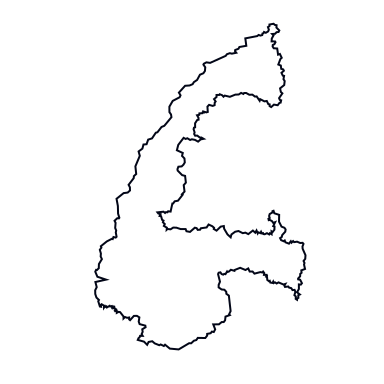 the district of Chone, Manabi, Ecuador, rotated 351°
{"feature_id": "8360857B73185000874563", "entity_name": "Chone", "entity_type": "district", "adm_level": 2, "iso_a3": "ECU", "parent_name": "Ecuador", "parent_adm1": "Manabi", "projection": "mercator", "projection_center": [-79.895, -0.383], "detail": "fine", "context": "isolated", "style": "outline", "palette": "ink", "viewbox_px": 384, "rotation_deg": 351, "n_neighbors": 0, "source": "geoboundaries", "source_scale": "gbopen_adm2", "svg_char_len": 6047}
<svg xmlns="http://www.w3.org/2000/svg" viewBox="0 0 384 384"><g transform="rotate(351 192 192)"><path d="M193.4,331.3L192.3,326.1L197.9,326.9L201.0,325.1L203.0,325.4L204.6,323.9L205.6,320.3L210.1,319.5L209.5,318.6L211.5,315.7L212.2,300.1L210.0,297.9L210.2,295.9L208.7,293.6L206.0,292.9L203.4,290.4L203.8,287.9L205.6,285.0L204.9,277.2L205.7,275.9L207.5,275.8L208.4,277.7L209.9,278.5L211.0,277.9L212.2,278.4L214.2,276.0L214.5,276.6L216.1,276.3L218.2,274.9L221.6,276.5L221.9,275.7L227.7,274.4L232.6,277.4L235.6,276.3L236.5,279.6L239.4,280.0L240.9,282.4L247.0,281.8L248.9,282.5L249.8,281.7L250.7,283.4L250.1,285.1L252.8,285.5L253.0,286.4L252.0,287.3L252.8,287.9L252.6,290.6L254.1,292.2L254.9,291.9L255.2,293.7L257.3,294.4L258.2,293.2L258.5,294.7L259.8,294.2L261.3,295.6L263.3,294.8L267.9,297.7L269.8,297.4L268.6,298.9L269.0,300.3L272.3,300.4L272.9,301.6L275.0,302.5L275.9,304.6L278.0,304.7L278.5,306.8L277.0,309.9L278.2,311.4L277.7,313.8L278.9,314.9L279.3,313.6L280.5,313.2L280.8,310.6L282.5,310.1L280.1,307.5L282.4,304.5L283.1,300.0L285.0,300.5L286.3,299.3L285.1,295.6L283.2,294.9L283.3,294.0L285.6,292.2L286.1,289.8L287.6,288.9L287.7,286.5L291.6,285.7L291.3,281.2L292.0,279.7L291.4,277.6L293.4,275.7L294.2,272.2L292.4,265.3L292.6,263.1L294.0,260.7L293.3,259.5L290.9,259.3L288.0,257.5L285.0,257.5L284.2,256.3L282.4,257.6L281.9,256.1L279.7,258.2L276.4,256.3L276.0,254.4L274.9,255.0L272.5,253.5L271.8,251.3L273.6,250.5L274.4,248.6L277.9,245.8L278.6,243.6L277.7,241.8L275.0,240.2L273.3,234.9L274.5,228.2L270.0,225.9L269.6,223.3L268.5,223.5L268.2,224.8L265.3,225.9L264.4,227.8L264.7,229.8L263.3,230.4L263.4,231.8L264.4,231.7L266.4,233.2L267.4,235.2L269.4,234.8L266.9,238.4L268.1,239.0L267.5,242.1L265.3,244.2L264.4,243.3L264.0,246.2L262.5,244.9L261.6,246.0L259.6,244.4L257.2,245.1L255.9,244.7L255.7,243.7L254.5,243.8L254.0,242.1L253.1,243.3L251.2,242.2L250.4,243.2L249.7,240.1L248.1,242.1L246.1,239.6L241.0,242.4L238.4,240.5L235.7,240.6L231.8,237.8L228.4,238.0L224.3,240.1L223.1,242.8L220.4,239.4L218.0,233.3L218.1,230.6L214.9,230.7L210.2,234.0L207.7,231.9L208.2,230.8L206.7,229.0L203.3,226.7L200.9,229.3L195.1,229.2L194.1,230.5L191.7,230.3L190.9,228.4L189.2,227.7L183.8,231.1L180.4,229.9L179.9,227.6L174.9,226.8L171.0,224.8L167.9,224.2L165.0,225.5L162.0,224.7L161.1,225.3L161.6,223.3L158.9,221.1L160.1,219.4L158.5,217.3L159.4,215.8L158.1,214.8L157.7,211.1L156.3,210.6L157.5,209.0L155.4,208.0L154.7,206.7L160.8,207.0L162.1,208.5L163.1,207.8L164.6,208.2L165.4,207.3L167.8,208.0L170.8,200.3L171.6,200.4L173.4,198.5L176.8,198.4L182.3,193.3L181.7,192.7L184.7,190.4L184.9,183.9L187.4,181.8L187.7,175.0L184.9,173.8L181.2,168.6L181.2,167.2L182.5,164.9L185.8,165.1L187.8,163.7L189.5,161.7L189.8,157.7L187.8,154.8L189.0,152.0L183.6,148.4L185.8,143.3L192.2,137.2L194.0,138.6L195.8,138.2L198.3,140.3L200.1,139.9L203.1,141.0L205.9,143.2L208.8,141.4L211.8,141.3L209.7,139.6L208.3,139.5L206.0,137.1L203.9,136.9L203.2,135.0L203.9,133.5L203.4,130.2L204.0,128.8L205.2,128.6L205.8,124.6L208.4,121.7L209.8,121.6L210.0,119.7L209.0,117.0L211.2,116.9L211.6,115.5L214.6,115.8L215.0,115.0L215.9,115.3L215.9,114.3L218.6,115.6L220.1,115.4L220.6,110.1L222.5,108.6L225.9,110.2L227.9,109.8L228.4,107.3L229.5,106.3L228.3,103.7L231.1,102.0L231.4,100.0L234.1,100.4L234.7,99.8L237.0,101.2L238.0,102.8L239.4,101.9L244.3,103.9L250.0,102.6L253.4,103.0L256.0,101.8L258.1,103.2L258.9,102.4L261.0,102.7L263.8,104.9L266.9,105.3L269.1,107.6L270.8,107.7L273.1,112.5L273.9,111.0L277.7,113.8L280.1,113.8L281.1,117.1L282.4,117.6L282.1,119.3L283.5,120.5L286.6,118.5L290.2,119.7L292.4,117.6L293.5,117.6L294.4,115.4L293.2,114.8L292.7,112.9L296.7,108.7L295.4,107.1L295.2,103.4L299.8,100.8L300.9,96.9L300.0,94.9L301.1,91.7L299.9,91.3L299.0,88.3L301.7,86.6L301.3,85.2L299.4,84.3L299.5,81.0L297.2,79.6L300.1,74.5L301.6,73.5L300.4,69.4L298.5,69.8L298.6,63.6L295.2,62.8L294.4,60.9L294.8,59.4L296.5,58.9L297.9,57.1L297.6,56.3L294.2,55.7L294.8,52.9L297.0,50.1L295.9,48.5L298.9,48.7L300.5,47.4L302.5,47.5L303.5,46.1L301.1,42.8L301.6,40.5L299.9,39.9L298.9,38.6L294.7,38.7L294.5,40.2L292.8,41.0L293.3,43.7L292.3,45.3L289.8,46.3L288.2,45.2L287.4,46.4L286.4,46.5L285.9,48.0L284.0,48.2L282.4,47.3L280.8,48.2L268.7,48.6L268.5,56.1L261.5,56.2L260.3,57.8L256.9,58.5L256.5,59.6L257.5,61.4L253.0,61.6L251.1,60.8L248.0,61.4L246.6,62.8L230.1,67.3L226.5,66.2L223.7,67.2L223.2,68.0L224.6,70.9L223.7,74.5L221.8,76.5L218.2,77.4L214.6,82.1L211.0,83.8L209.5,85.6L206.3,86.4L201.8,86.0L194.6,91.8L195.8,94.7L194.6,96.5L187.2,99.0L183.0,104.2L182.2,109.6L183.4,112.1L183.4,114.9L175.0,122.3L172.1,123.0L167.2,127.6L165.5,127.8L160.9,132.8L156.9,133.4L154.6,137.7L151.5,137.5L149.8,141.4L145.6,143.6L146.1,148.1L140.1,157.8L139.7,165.5L137.1,167.2L136.6,169.2L130.5,175.0L131.4,177.6L131.0,180.8L128.4,182.5L124.3,182.4L116.4,186.9L116.6,194.2L115.6,201.8L116.2,206.1L115.7,206.6L114.1,206.2L111.0,208.3L111.7,210.5L110.5,215.5L111.1,218.2L110.4,220.0L110.5,224.4L109.5,225.1L107.4,224.2L106.3,226.1L105.5,225.7L100.1,227.5L93.5,231.3L93.8,232.8L91.9,234.7L92.4,238.5L91.7,241.4L92.5,244.2L88.8,248.6L88.0,252.7L85.9,254.2L85.1,253.9L84.0,255.6L85.3,260.9L93.4,265.1L82.5,265.8L83.0,271.1L81.0,273.9L80.5,277.6L81.1,281.3L83.2,284.1L82.3,285.2L83.1,290.7L84.2,291.1L84.2,289.3L85.1,288.7L87.3,290.5L87.0,292.4L88.3,291.1L88.7,291.9L89.6,291.6L89.9,292.7L92.9,291.5L93.3,292.3L94.9,292.1L95.0,293.6L95.9,293.0L96.0,294.3L97.3,293.5L97.4,295.1L98.4,295.8L97.6,296.7L98.5,296.9L97.9,297.7L99.1,297.9L98.8,299.6L100.8,298.9L102.2,299.4L104.9,304.3L104.6,306.2L106.3,305.0L108.2,306.1L110.3,306.1L110.0,308.0L110.8,308.9L115.2,305.3L118.2,305.7L120.4,307.6L119.1,311.7L119.6,314.3L125.0,316.7L125.0,318.3L121.4,319.8L121.4,322.4L120.0,324.5L120.8,326.4L118.2,326.0L117.5,327.3L116.3,328.0L115.3,329.6L121.2,332.3L123.8,335.9L125.7,333.3L129.4,333.2L131.5,335.7L135.7,338.2L137.2,337.7L140.1,339.7L141.5,338.6L145.6,343.2L154.2,345.4L165.5,340.9L167.5,341.3L170.6,339.2L173.1,338.9L174.9,337.0L182.3,338.3L184.5,336.2L184.8,334.5L188.3,334.4L189.8,333.0L191.6,333.7L193.4,331.3Z" fill="none" stroke="#020617" stroke-width="2"/></g></svg>